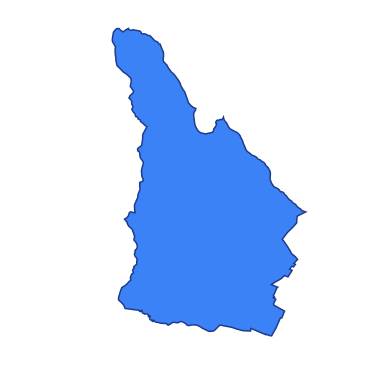 Cerrillos, Salta, Argentina (Albers equal-area conic projection), rotated 199°
{"feature_id": "61730980B31698660486966", "entity_name": "Cerrillos", "entity_type": "district", "adm_level": 2, "iso_a3": "ARG", "parent_name": "Argentina", "parent_adm1": "Salta", "projection": "albers", "projection_center": [-65.403, -25.006], "detail": "fine", "context": "isolated", "style": "filled", "palette": "blue", "viewbox_px": 384, "rotation_deg": 199, "n_neighbors": 0, "source": "geoboundaries", "source_scale": "gbopen_adm2", "svg_char_len": 5914}
<svg xmlns="http://www.w3.org/2000/svg" viewBox="0 0 384 384"><g transform="rotate(199 192 192)"><path d="M293.2,327.2L296.3,326.9L298.5,326.4L300.4,326.4L301.7,325.2L304.0,324.7L305.3,326.0L307.6,323.5L309.1,321.0L311.3,321.4L314.4,322.8L316.4,321.9L317.4,320.2L318.3,317.5L317.2,310.9L316.2,308.4L311.6,304.3L311.2,302.2L309.9,298.4L308.0,294.5L306.3,290.7L304.0,287.1L300.2,285.3L296.3,283.2L291.9,282.0L286.8,279.6L285.2,276.3L285.2,274.3L284.7,271.7L282.6,270.3L279.9,268.0L280.1,266.3L281.9,263.1L282.2,260.3L279.8,259.3L278.3,257.6L277.6,255.4L276.3,254.5L275.6,253.0L275.8,250.5L273.3,248.3L271.3,247.4L269.9,245.1L268.0,245.0L266.5,243.4L264.3,243.3L263.6,241.9L261.1,241.1L258.0,239.6L255.9,239.1L257.3,230.4L255.8,225.4L254.8,219.7L255.8,217.9L256.8,216.7L257.5,215.0L256.7,213.3L254.9,212.8L254.0,211.4L252.9,208.9L251.7,207.3L249.8,206.0L247.4,203.9L247.1,199.0L246.9,196.6L246.3,194.4L245.5,193.0L244.8,191.0L243.7,189.6L242.6,188.4L241.9,187.2L242.4,185.8L244.5,184.1L243.3,180.3L242.0,177.9L242.2,171.8L241.5,169.1L241.8,166.4L242.2,160.9L241.2,158.4L240.1,155.9L239.0,153.9L241.8,153.4L243.4,153.3L244.4,152.5L244.5,149.9L244.5,148.2L245.6,146.0L247.0,144.4L245.3,143.3L243.3,142.4L243.0,141.1L240.7,139.1L236.6,137.4L234.9,135.1L234.0,134.6L233.4,133.1L232.3,132.3L232.1,131.5L231.4,130.4L231.7,128.8L230.8,127.2L229.0,126.5L227.3,124.8L226.0,123.0L225.7,120.4L226.5,119.0L226.8,117.7L226.0,116.6L226.3,115.7L226.2,114.4L225.1,112.9L223.6,112.0L222.0,110.6L221.6,108.1L220.7,106.0L222.8,102.2L221.9,101.1L222.5,100.0L222.7,98.7L221.8,97.6L221.0,96.4L222.4,94.6L222.4,91.1L221.2,88.6L222.3,87.0L223.6,83.8L225.1,81.3L227.2,78.9L227.4,76.0L227.3,72.9L227.1,68.6L226.8,67.2L226.1,65.9L224.7,65.3L223.3,64.8L220.5,63.3L219.1,62.3L217.9,60.6L217.2,60.1L204.0,62.8L203.2,62.7L202.9,62.4L202.5,62.1L202.1,62.1L201.5,62.3L201.4,62.6L201.5,63.1L201.5,63.5L201.4,63.7L201.0,63.7L200.6,63.4L200.1,62.7L199.7,61.8L199.5,61.5L199.2,61.5L198.5,61.5L198.1,61.5L197.8,61.4L197.5,61.1L197.2,61.1L196.4,61.5L195.0,62.0L194.8,62.1L194.4,62.1L193.9,61.9L193.6,61.6L193.2,61.0L193.2,60.7L192.9,60.3L192.5,60.1L192.3,60.3L191.9,61.0L191.5,61.2L191.1,61.1L191.0,60.8L191.1,60.0L191.3,59.7L191.3,59.3L191.1,58.9L190.4,58.0L189.7,57.6L189.3,57.5L189.0,57.7L188.7,57.7L188.2,57.6L187.6,57.0L187.4,56.8L186.9,56.8L186.6,57.0L186.5,57.4L186.8,58.1L186.7,58.3L186.4,58.2L185.8,58.0L184.6,57.3L184.0,57.2L183.6,57.2L183.0,57.3L182.5,57.5L182.0,57.6L179.8,57.7L178.3,57.9L177.4,58.2L177.2,58.3L175.4,58.6L174.7,58.9L174.3,59.2L173.6,59.3L173.1,59.3L172.8,59.0L172.6,58.7L172.1,58.5L171.3,58.4L170.9,58.5L170.7,58.7L170.6,59.1L170.4,59.4L169.7,59.8L168.9,60.8L168.5,61.6L168.0,62.2L167.2,62.7L165.2,63.2L164.1,63.4L163.4,63.5L162.3,64.2L162.0,64.6L161.0,65.5L159.9,66.0L159.4,66.1L158.4,66.2L157.5,65.9L155.5,65.6L154.4,65.1L153.4,64.5L152.9,64.4L150.9,64.9L150.2,65.4L149.4,66.1L146.6,67.0L146.2,67.1L146.0,67.3L145.7,67.5L144.3,67.6L142.7,67.6L141.7,67.5L139.4,67.1L138.6,66.8L137.9,66.6L137.5,66.5L136.4,66.5L133.2,66.0L131.1,65.8L130.2,65.9L128.8,66.4L126.4,67.6L125.4,69.0L124.3,71.2L123.3,73.4L122.3,75.1L121.3,75.5L119.4,75.7L110.4,77.0L105.0,77.0L98.6,77.5L91.4,79.6L91.9,82.2L75.6,81.1L75.6,81.7L72.0,81.5L69.9,81.9L68.3,90.7L67.4,101.8L66.1,102.1L65.7,109.5L77.9,111.7L78.5,113.1L77.8,117.8L80.4,118.3L80.7,118.5L79.7,119.5L81.2,120.2L80.7,127.0L80.5,128.8L79.9,129.9L86.8,130.3L85.9,131.6L84.5,133.4L80.3,138.1L78.9,140.0L77.5,143.1L73.6,143.0L71.8,150.5L74.6,150.8L73.4,154.4L71.6,154.2L70.7,157.3L72.5,157.5L70.2,162.6L73.3,164.5L77.4,165.9L78.7,166.9L80.0,168.3L84.7,172.1L89.9,175.9L90.4,176.0L91.2,176.6L89.7,181.5L88.4,185.2L85.2,191.5L83.0,196.8L84.0,200.5L84.7,203.4L78.0,210.2L82.2,210.2L82.9,210.8L84.4,211.5L85.7,211.7L86.4,211.8L88.1,212.6L88.8,213.1L89.4,213.6L90.1,214.0L92.0,214.4L92.7,214.4L93.5,214.8L94.8,215.7L95.4,216.0L96.1,216.1L97.4,216.5L99.3,217.4L100.2,218.1L100.7,218.5L101.5,219.0L102.5,219.5L103.4,219.7L104.7,220.7L105.1,221.1L105.5,221.3L106.2,221.4L106.9,221.4L108.5,221.1L109.7,222.0L110.4,222.5L111.9,223.1L114.1,223.4L114.7,223.4L116.2,223.6L118.2,225.2L118.9,225.6L120.0,226.6L121.6,228.5L122.6,230.0L122.8,230.6L122.9,231.5L123.3,232.9L123.7,234.4L124.1,235.6L124.5,236.1L124.8,236.8L125.2,237.3L126.4,238.3L126.9,238.8L127.5,239.4L128.3,240.0L130.1,240.7L131.4,241.6L132.2,242.5L132.6,242.8L133.4,243.2L134.2,243.4L136.0,243.7L137.8,244.5L138.3,244.6L140.0,244.6L140.7,244.8L142.0,245.7L143.0,246.0L143.9,246.2L144.5,246.3L146.4,246.4L147.3,246.4L148.0,246.6L149.0,247.0L149.5,247.3L151.0,247.8L152.2,248.1L153.4,248.6L154.1,249.1L155.3,250.2L156.0,250.9L156.3,251.5L156.9,252.0L157.4,252.7L158.8,254.0L159.1,254.5L161.3,257.3L162.8,258.8L163.6,259.4L164.7,260.7L165.2,261.1L166.9,262.2L168.8,262.9L169.7,263.1L171.9,263.3L176.1,264.0L176.9,264.3L178.7,265.5L179.3,266.0L179.8,266.7L180.7,267.4L181.5,268.4L182.8,269.1L184.0,269.8L184.5,270.2L186.0,271.8L186.6,273.0L187.0,270.8L187.4,270.3L187.7,270.0L188.0,269.8L188.4,269.8L189.0,269.7L189.3,269.6L189.4,269.4L189.6,269.2L189.9,268.7L190.2,268.5L190.6,268.3L191.4,268.2L191.9,267.7L192.2,266.4L192.2,266.0L192.1,265.5L191.9,264.9L191.7,264.8L191.3,264.8L191.1,264.7L191.0,264.4L190.9,264.0L190.9,263.1L190.9,262.3L191.1,261.5L191.3,260.9L191.4,260.3L191.5,259.9L191.9,259.4L191.9,259.1L191.6,258.2L191.7,256.8L191.9,256.0L191.9,255.6L191.8,255.2L198.2,251.3L200.4,251.1L202.9,250.8L205.8,251.5L209.3,254.4L211.3,256.8L212.4,259.0L214.7,263.5L215.6,265.6L216.0,267.9L215.4,270.2L215.5,272.2L218.5,272.4L221.6,273.6L224.2,275.1L231.6,284.4L233.4,285.6L237.0,288.7L238.2,290.4L240.1,292.4L244.9,295.8L247.5,297.5L250.6,298.7L252.2,299.9L255.0,301.8L257.0,303.8L260.2,305.4L262.1,306.7L263.3,311.8L264.6,315.0L266.7,317.1L268.4,319.2L270.3,321.4L271.3,321.2L273.3,322.6L276.5,322.9L280.0,324.8L282.8,326.2L284.3,325.6L285.8,326.1L288.7,326.1L290.7,325.2L293.2,327.2Z" fill="#3b82f6" stroke="#1e3a8a" stroke-width="1.5"/></g></svg>